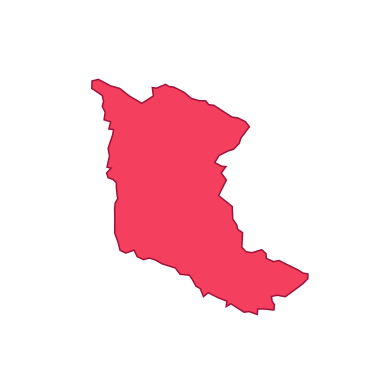 Herveiras, Rio Grande do Sul, Brazil, rotated 213°
{"feature_id": "56859067B41615897262901", "entity_name": "Herveiras", "entity_type": "district", "adm_level": 2, "iso_a3": "BRA", "parent_name": "Brazil", "parent_adm1": "Rio Grande do Sul", "projection": "orthographic", "projection_center": [-52.676, -29.446], "detail": "fine", "context": "isolated", "style": "filled", "palette": "rose", "viewbox_px": 384, "rotation_deg": 213, "n_neighbors": 0, "source": "geoboundaries", "source_scale": "gbopen_adm2", "svg_char_len": 1561}
<svg xmlns="http://www.w3.org/2000/svg" viewBox="0 0 384 384"><g transform="rotate(213 192 192)"><path d="M179.4,278.0L185.5,280.1L194.0,279.1L199.3,276.6L208.2,276.6L221.0,276.6L225.5,274.3L230.1,275.9L236.0,272.4L243.6,270.1L252.6,271.3L264.4,270.1L268.8,267.9L272.8,267.9L278.3,259.8L282.2,258.0L276.7,251.5L282.4,239.0L297.3,238.4L308.9,239.5L318.1,236.7L331.8,235.5L336.3,230.7L332.5,224.3L319.9,224.1L315.5,219.8L313.9,215.0L308.2,211.5L305.1,204.7L298.4,206.5L296.0,199.5L291.8,201.7L289.6,196.5L288.1,190.6L286.1,182.9L280.9,177.4L276.8,166.5L272.8,168.0L274.0,161.5L270.2,158.3L265.0,159.5L260.4,158.5L257.9,154.6L253.6,149.2L250.7,145.9L250.5,141.1L247.6,135.5L243.0,128.8L238.5,121.8L234.3,115.3L226.5,109.5L220.6,103.9L214.3,104.7L208.9,111.7L202.7,107.9L195.8,108.9L191.8,113.4L185.9,115.0L177.8,115.5L164.5,119.2L157.2,116.5L148.9,120.8L144.5,119.0L137.3,115.2L132.5,115.5L125.4,110.5L123.5,116.4L118.3,116.9L111.0,117.8L103.4,119.5L100.9,114.5L98.5,119.5L89.6,119.5L82.9,119.5L79.0,122.8L70.6,124.8L73.1,129.6L69.5,132.1L65.7,134.3L59.0,137.6L61.5,142.4L65.5,144.2L68.5,147.7L64.2,151.9L56.7,155.0L54.6,160.6L51.2,169.6L48.9,176.1L47.7,182.4L50.1,186.4L55.0,184.4L60.5,184.4L74.5,182.7L81.7,181.9L85.6,178.1L93.5,176.8L96.4,180.6L102.1,181.6L108.6,173.8L114.1,171.3L120.2,172.9L127.4,185.4L133.4,185.6L136.6,188.8L143.0,191.4L150.3,201.7L167.8,203.5L169.7,220.8L177.8,223.8L177.4,231.8L181.1,229.7L189.0,229.1L189.2,237.4L184.2,245.9L180.4,250.5L178.9,258.3L180.4,264.2L179.4,278.0Z" fill="#f43f5e" stroke="#9f1239" stroke-width="1.5"/></g></svg>